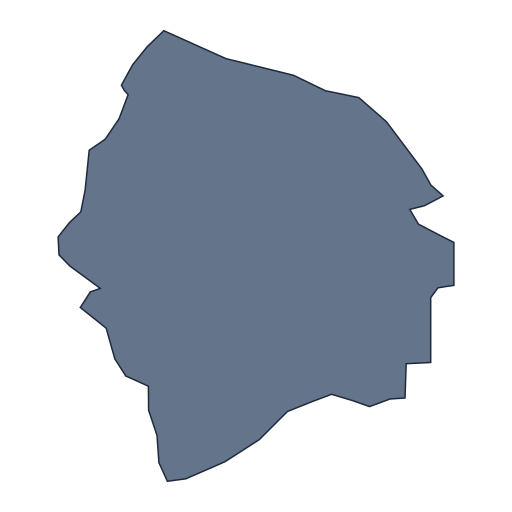 SVG path tracing the border of Kyenjojo
{"feature_id": "UGA-3107", "entity_name": "Kyenjojo", "entity_type": "District", "adm_level": 1, "iso_a3": "UGA", "parent_name": "Uganda", "parent_adm1": "", "projection": "albers", "projection_center": [30.656, 0.613], "detail": "fine", "context": "isolated", "style": "filled", "palette": "slate", "viewbox_px": 512, "rotation_deg": 0, "n_neighbors": 0, "source": "natural_earth", "source_scale": "10m", "svg_char_len": 773}
<svg xmlns="http://www.w3.org/2000/svg" viewBox="0 0 512 512"><path d="M100.3,288.4L69.9,266.1L59.0,254.9L58.1,236.9L69.7,222.3L80.8,211.9L85.1,190.3L89.2,150.2L105.1,139.3L119.1,118.7L128.1,94.7L124.3,90.4L121.4,85.2L132.6,64.8L147.1,46.8L163.8,30.7L225.9,58.6L293.5,75.3L325.3,90.7L358.8,97.6L386.5,121.8L422.0,169.1L430.9,185.1L443.1,195.9L424.5,205.7L409.8,209.4L418.4,224.1L441.7,236.3L453.9,242.4L453.9,285.3L438.0,287.8L430.7,297.6L430.7,362.5L406.2,363.7L405.0,398.0L390.0,399.0L369.5,406.6L352.3,400.5L331.5,394.3L311.9,401.7L287.4,411.5L259.3,439.6L225.0,461.7L185.8,478.8L167.4,481.3L158.9,462.6L157.0,435.4L148.6,410.2L148.4,386.2L125.8,376.0L114.8,358.8L106.2,328.2L80.3,307.5L90.3,291.9L100.3,288.4Z" fill="#64748b" stroke="#1e293b" stroke-width="1.5"/></svg>